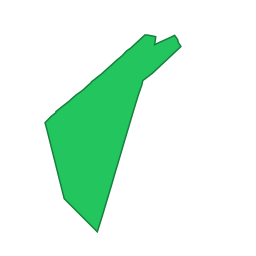 outline of Ouadane, Adrar, Mauritania, rotated 142°
{"feature_id": "47542326B44927668035814", "entity_name": "Ouadane", "entity_type": "district", "adm_level": 2, "iso_a3": "MRT", "parent_name": "Mauritania", "parent_adm1": "Adrar", "projection": "orthographic", "projection_center": [-9.881, 22.386], "detail": "fine", "context": "isolated", "style": "filled", "palette": "green", "viewbox_px": 256, "rotation_deg": 142, "n_neighbors": 0, "source": "geoboundaries", "source_scale": "gbopen_adm2", "svg_char_len": 769}
<svg xmlns="http://www.w3.org/2000/svg" viewBox="0 0 256 256"><g transform="rotate(142 128 128)"><path d="M34.2,172.3L39.3,173.4L50.0,176.0L55.7,177.2L49.9,182.9L53.5,187.1L55.6,189.4L57.4,190.9L76.8,189.3L81.6,189.6L88.4,188.5L88.6,188.5L94.8,188.4L98.8,188.1L102.0,187.8L110.3,187.3L115.4,186.9L118.6,186.9L121.0,186.9L128.3,186.9L129.9,186.3L132.6,186.3L139.5,185.7L142.8,185.7L148.1,186.0L154.3,185.7L157.2,185.4L163.4,185.4L166.9,185.4L174.7,185.3L175.5,184.5L181.1,184.5L190.1,183.3L192.7,177.1L221.8,111.5L216.1,65.1L201.9,74.9L175.8,93.4L168.5,98.7L151.2,111.0L138.7,120.0L134.0,123.3L111.8,139.1L100.5,147.0L90.2,153.7L87.1,156.3L75.4,156.1L36.2,159.6L35.7,164.4L34.5,167.0L34.3,170.1L34.2,172.3Z" fill="#22c55e" stroke="#15803d" stroke-width="1.5"/></g></svg>